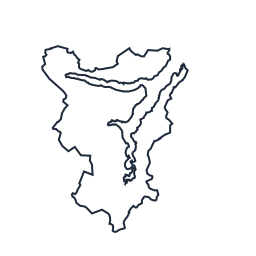 Volda nor, Møre og Romsdal, Norway, rotated 75°
{"feature_id": "86288312B43762277095742", "entity_name": "Volda nor", "entity_type": "district", "adm_level": 2, "iso_a3": "NOR", "parent_name": "Norway", "parent_adm1": "Møre og Romsdal", "projection": "orthographic", "projection_center": [6.111, 62.092], "detail": "fine", "context": "isolated", "style": "outline", "palette": "slate", "viewbox_px": 256, "rotation_deg": 75, "n_neighbors": 0, "source": "geoboundaries", "source_scale": "gbopen_adm2", "svg_char_len": 5871}
<svg xmlns="http://www.w3.org/2000/svg" viewBox="0 0 256 256"><g transform="rotate(75 128 128)"><path d="M87.7,55.4L85.2,57.0L81.6,57.4L81.9,57.9L80.8,58.2L81.5,58.6L81.3,59.8L81.8,60.5L82.8,60.7L83.2,59.7L84.7,60.1L85.0,60.9L84.7,61.5L85.4,61.8L84.8,62.4L85.4,62.8L86.4,62.7L90.3,66.0L90.4,66.7L89.8,67.2L87.9,66.9L87.0,68.6L87.0,69.1L87.3,70.0L90.2,72.8L93.7,74.1L95.7,75.6L96.5,77.0L97.3,80.0L98.9,81.9L99.5,83.1L100.0,85.6L101.5,87.5L102.4,88.3L104.1,88.8L104.5,89.7L106.6,90.0L106.9,90.3L106.6,90.5L106.8,90.8L107.7,90.8L109.4,91.9L111.2,95.2L112.3,95.5L112.7,96.4L114.3,97.8L114.8,99.7L117.1,100.4L116.8,100.6L117.7,101.3L117.8,102.6L118.0,102.8L118.2,105.6L117.8,106.4L119.1,106.9L121.1,109.4L122.3,110.2L123.0,113.9L126.4,114.1L127.3,114.6L129.1,116.5L130.2,119.2L131.4,119.1L131.3,119.4L132.2,119.6L132.9,120.8L133.6,121.1L134.4,123.5L134.7,123.6L134.2,124.9L134.5,126.4L137.2,127.4L138.9,126.4L142.7,125.5L143.1,125.2L143.3,124.1L144.7,123.9L145.3,125.1L146.8,124.9L150.4,126.1L150.3,126.4L151.4,127.0L152.0,127.9L152.3,129.0L153.7,130.5L157.2,130.2L158.6,129.5L161.8,129.5L162.2,131.2L162.1,132.6L160.4,132.8L160.9,133.9L161.6,134.3L164.5,133.3L166.1,131.6L170.1,131.3L171.0,132.9L173.9,134.0L176.4,133.8L177.7,134.3L178.0,135.0L177.7,135.4L178.2,136.8L179.0,137.3L179.6,139.6L178.3,139.9L178.4,140.9L178.0,141.0L177.6,142.4L180.2,143.2L180.6,143.4L180.6,144.0L180.1,143.3L179.9,143.7L180.8,144.6L179.7,144.4L179.6,143.7L179.1,143.3L177.9,144.0L178.2,145.4L177.3,145.3L177.3,144.8L176.9,145.2L174.9,145.0L174.5,144.6L174.5,143.5L173.9,143.4L173.9,142.7L172.4,142.4L172.8,141.3L174.6,139.8L174.7,139.1L172.6,138.0L172.5,137.3L172.0,137.3L172.0,136.5L171.4,135.4L169.4,134.4L168.0,134.8L168.0,133.9L167.4,133.8L167.6,133.6L166.5,133.9L167.0,135.1L167.7,135.5L167.7,138.9L167.4,139.7L164.3,140.8L161.6,140.2L159.4,138.3L158.1,135.9L157.4,135.7L157.2,134.0L154.9,134.5L155.5,135.6L155.4,136.2L154.3,136.7L151.3,136.7L150.2,136.4L146.9,134.1L146.4,133.0L146.4,131.9L146.0,131.8L143.0,132.1L142.5,132.5L142.4,133.9L135.7,135.7L129.4,134.4L124.9,136.1L121.4,138.8L121.2,140.7L120.9,140.6L120.5,141.7L120.7,144.8L119.9,145.6L120.1,146.4L119.1,146.5L117.8,145.3L117.4,143.3L117.7,143.3L117.5,142.3L116.4,141.7L117.1,140.9L116.9,140.4L117.5,140.0L118.4,138.4L118.2,137.2L117.5,137.1L117.4,136.4L119.1,134.5L119.9,132.8L120.2,132.8L120.7,131.2L121.0,131.4L120.9,130.4L121.8,129.4L121.9,128.3L121.2,125.6L118.5,122.3L118.6,122.0L116.8,120.8L115.6,119.4L114.5,119.6L110.5,117.8L109.9,116.6L108.8,115.8L108.5,115.0L107.9,114.7L107.6,112.7L107.1,112.6L107.1,111.1L106.4,109.3L105.2,108.1L105.0,107.3L104.5,106.8L104.4,106.0L103.4,105.3L101.6,101.9L94.2,100.9L90.8,102.7L90.2,103.2L90.2,104.1L89.9,104.5L89.9,104.9L91.1,105.5L91.3,106.8L92.2,108.1L93.0,112.3L92.9,117.8L91.6,122.8L88.0,129.7L83.8,134.8L83.3,135.9L82.6,139.2L81.5,141.2L79.8,142.9L79.6,143.4L80.0,144.3L79.6,145.9L77.1,151.3L74.9,154.4L73.9,154.7L73.6,155.7L70.5,157.9L70.5,158.8L69.9,160.0L68.0,163.4L67.3,163.7L67.4,164.5L66.6,166.2L65.9,166.7L65.9,167.3L64.9,170.0L63.2,172.4L63.0,174.4L60.8,174.6L60.1,173.2L60.7,171.7L60.0,170.9L60.0,170.3L60.2,169.7L60.2,168.9L60.9,167.9L61.8,164.6L63.5,162.9L66.1,155.1L67.3,154.2L67.3,153.5L69.4,151.3L71.2,146.7L74.1,142.9L73.7,142.7L73.6,141.7L74.5,139.8L76.2,137.9L78.5,136.1L77.8,134.9L78.2,133.7L77.9,133.4L77.8,132.2L79.2,128.0L80.1,126.6L82.3,125.0L82.1,123.8L83.0,122.3L83.0,121.1L84.3,120.8L83.3,119.8L84.5,117.7L85.1,115.0L85.6,114.6L85.1,112.7L85.8,111.0L85.5,110.1L84.6,109.1L84.8,106.1L83.6,105.4L83.3,102.5L85.0,98.7L84.6,98.0L84.8,97.5L86.4,96.5L87.2,92.7L86.4,90.8L84.7,88.9L84.8,87.1L84.6,85.7L82.3,83.6L81.4,81.0L78.8,78.0L78.0,75.6L73.4,71.8L72.9,69.7L69.6,68.7L67.4,69.5L66.8,70.4L65.6,70.3L63.6,68.0L62.2,67.6L62.3,68.4L59.9,74.1L61.0,79.5L57.9,88.4L63.0,94.1L62.1,96.8L59.2,100.0L59.6,101.4L54.3,105.3L51.3,106.0L55.9,119.2L60.7,121.8L63.3,121.2L65.3,126.8L64.4,138.0L63.7,141.4L62.2,142.6L61.7,143.9L63.6,144.8L64.3,147.2L64.3,148.5L63.6,149.8L61.7,151.4L62.1,152.8L61.9,153.9L59.0,158.1L57.8,159.3L56.3,159.6L53.3,158.5L51.9,159.4L49.5,157.2L47.8,158.7L44.9,159.7L43.0,161.0L40.0,161.4L40.8,163.7L39.4,166.7L37.8,166.9L35.9,165.9L30.8,174.6L31.1,182.1L31.5,182.0L31.2,187.4L33.9,188.5L36.2,187.8L37.2,189.3L37.3,191.5L44.8,191.5L46.6,195.0L49.5,195.4L60.2,191.2L75.3,181.2L77.6,180.2L80.9,179.1L83.2,180.5L83.7,182.8L85.8,183.8L90.4,180.5L92.9,184.3L96.7,187.9L102.1,190.6L104.1,193.9L103.8,194.6L108.4,200.6L109.3,200.6L110.1,199.1L110.4,197.7L113.4,195.9L114.2,194.6L115.3,194.2L121.6,197.9L128.6,196.0L135.0,191.5L132.5,184.3L142.2,180.5L145.0,171.6L149.6,173.3L153.9,172.3L164.1,174.3L158.6,181.7L169.1,189.5L170.3,188.7L171.0,189.0L174.7,192.8L176.7,194.2L178.2,196.2L176.7,198.3L177.0,198.6L177.7,199.4L180.0,199.4L180.8,198.2L183.6,197.3L187.0,197.2L190.6,194.5L192.6,190.3L193.8,189.0L201.2,184.9L200.2,174.3L205.2,169.5L207.0,168.5L210.3,168.6L212.9,169.2L215.8,170.7L216.3,169.3L218.1,167.8L220.3,168.1L223.3,169.4L224.7,168.0L225.2,166.5L224.1,162.7L223.9,160.2L224.1,157.9L223.6,156.8L218.8,156.8L217.5,156.3L215.8,154.7L213.1,151.2L210.0,148.6L209.3,149.1L206.6,146.2L204.6,142.9L206.7,141.5L207.0,140.2L205.1,137.9L204.2,134.0L201.3,133.2L198.7,130.3L198.5,129.4L200.1,126.0L203.2,124.0L204.6,121.9L205.1,120.3L204.7,119.1L201.8,117.8L200.2,115.9L195.7,116.0L195.1,118.6L192.0,122.6L190.2,123.2L187.8,123.0L186.3,123.9L184.4,124.1L183.4,118.2L181.6,117.0L180.5,117.2L179.4,119.2L177.2,121.1L173.5,121.0L167.2,115.8L161.3,115.5L159.2,116.0L155.5,114.3L153.7,111.3L147.3,105.9L147.7,105.4L147.4,102.8L146.7,100.1L146.3,100.5L144.1,94.2L143.3,88.5L136.2,86.5L135.3,84.1L131.2,86.0L128.3,88.4L126.4,88.1L123.2,85.7L118.8,87.3L117.4,87.2L111.5,82.4L110.8,78.6L107.2,79.1L105.5,77.6L105.6,76.9L101.9,74.0L100.3,73.2L101.0,71.8L97.1,66.7L96.0,63.0L95.7,63.1L93.7,60.0L87.7,55.4Z" fill="none" stroke="#1e293b" stroke-width="2"/></g></svg>